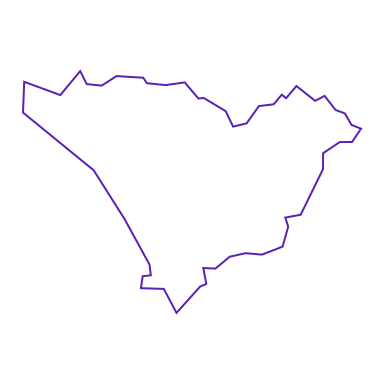 the district of Taylor, Kentucky, United States of America
{"feature_id": "52423323B50418861880933", "entity_name": "Taylor", "entity_type": "district", "adm_level": 2, "iso_a3": "USA", "parent_name": "United States of America", "parent_adm1": "Kentucky", "projection": "orthographic", "projection_center": [-85.294, 37.338], "detail": "fine", "context": "isolated", "style": "outline", "palette": "violet", "viewbox_px": 384, "rotation_deg": 0, "n_neighbors": 0, "source": "geoboundaries", "source_scale": "gbopen_adm2", "svg_char_len": 716}
<svg xmlns="http://www.w3.org/2000/svg" viewBox="0 0 384 384"><path d="M101.7,85.6L86.7,84.1L80.2,71.1L60.3,95.1L24.2,81.8L23.0,112.6L93.7,170.3L124.6,219.1L149.5,264.6L150.8,275.3L142.7,276.2L140.9,288.2L163.8,288.9L176.5,312.9L200.0,286.7L206.3,283.9L203.3,268.0L215.4,268.6L229.7,256.7L245.5,253.2L262.0,254.6L282.6,246.6L288.2,226.7L285.3,217.6L300.7,214.7L323.0,169.2L323.1,153.2L339.7,142.1L352.0,142.0L361.0,128.7L351.5,124.9L344.9,113.5L335.5,109.9L324.6,95.9L315.1,100.8L296.4,86.0L286.1,98.2L281.8,94.7L273.6,104.3L258.9,106.1L246.6,123.4L233.1,126.6L225.7,111.2L203.8,98.0L198.4,98.5L184.7,82.4L165.6,85.1L146.9,83.2L143.2,77.7L116.5,76.1L101.7,85.6Z" fill="none" stroke="#5b21b6" stroke-width="2"/></svg>